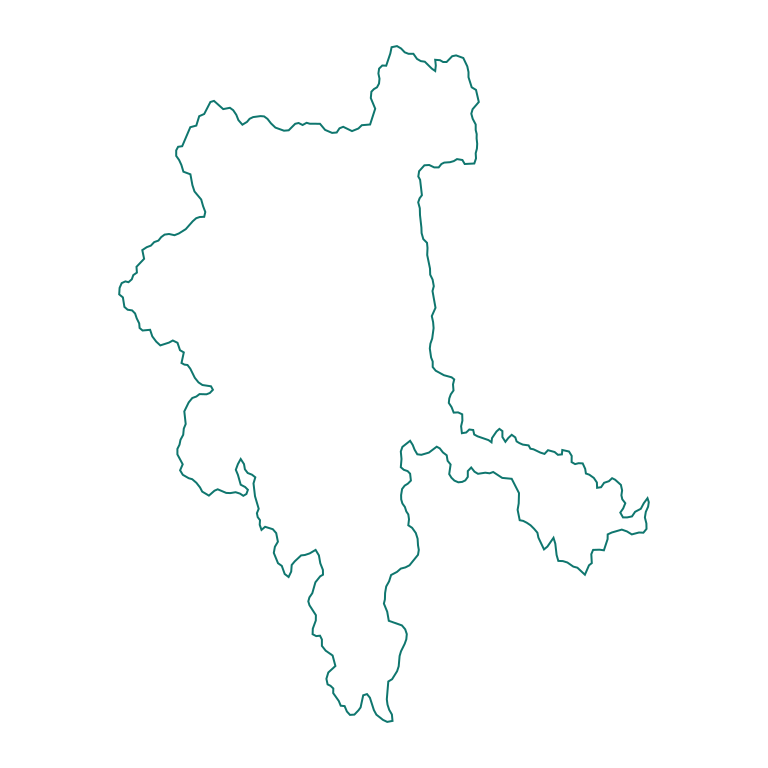 the district of Guanhães, Minas Gerais, Brazil
{"feature_id": "56859067B12936840453094", "entity_name": "Guanhães", "entity_type": "district", "adm_level": 2, "iso_a3": "BRA", "parent_name": "Brazil", "parent_adm1": "Minas Gerais", "projection": "equal_earth", "projection_center": [-42.817, -18.856], "detail": "fine", "context": "isolated", "style": "outline", "palette": "teal", "viewbox_px": 768, "rotation_deg": 0, "n_neighbors": 0, "source": "geoboundaries", "source_scale": "gbopen_adm2", "svg_char_len": 6092}
<svg xmlns="http://www.w3.org/2000/svg" viewBox="0 0 768 768"><path d="M648.1,506.7L648.8,502.2L647.5,498.2L643.8,503.2L640.8,508.8L635.1,511.8L632.0,516.4L627.2,517.4L623.0,517.4L620.3,512.6L623.2,508.4L625.3,503.2L622.3,499.3L621.4,495.3L622.1,490.4L620.9,484.9L615.1,479.7L612.1,478.2L608.9,481.2L604.1,482.8L601.1,487.2L597.1,487.8L596.9,482.5L593.8,477.9L589.3,474.7L585.9,473.5L585.2,468.9L582.7,463.4L578.6,463.2L575.1,464.1L571.6,462.1L571.7,455.9L569.0,451.5L562.3,450.0L561.9,454.4L557.9,454.8L554.6,452.0L548.0,450.2L544.5,453.9L540.4,452.6L533.5,449.3L530.4,448.7L528.6,445.4L522.8,444.6L519.4,443.1L516.6,441.4L515.3,437.4L511.7,434.8L508.3,438.0L505.4,441.8L502.4,437.0L502.4,431.1L499.4,428.9L496.5,431.5L492.0,438.1L491.5,442.3L488.5,440.1L477.5,436.3L474.2,434.5L473.2,430.0L469.3,429.5L466.2,432.5L461.9,433.2L461.1,426.2L462.4,420.7L462.2,414.3L458.1,412.4L453.7,412.6L451.6,407.2L448.8,402.9L449.3,398.4L450.8,394.3L453.5,390.5L453.0,384.4L454.2,379.4L451.6,377.3L443.9,375.2L435.7,370.7L432.7,367.0L432.7,361.5L431.1,357.5L429.8,348.5L430.4,343.7L432.2,338.5L433.6,328.1L433.1,322.1L431.8,316.1L435.5,307.8L432.5,291.0L433.8,286.2L432.6,279.6L430.2,274.7L430.0,268.6L427.2,255.0L427.5,247.9L427.0,242.8L423.3,239.1L421.6,233.1L421.4,227.6L420.0,215.1L419.8,208.2L418.2,202.3L419.6,198.3L421.9,195.2L420.1,179.8L418.3,176.5L419.1,171.2L424.4,165.3L429.2,165.0L434.2,167.4L438.7,167.4L441.4,164.0L444.2,162.6L450.0,162.2L453.8,161.1L457.0,159.1L462.4,160.0L464.7,164.0L474.3,163.5L476.0,158.4L475.7,153.2L476.9,148.7L477.2,143.8L476.6,138.4L476.7,134.1L475.7,130.0L475.7,124.5L472.7,118.8L471.3,113.7L472.6,109.2L478.8,102.0L476.0,89.9L471.7,87.3L468.5,77.2L468.5,72.1L467.3,66.4L463.3,58.0L456.1,55.4L452.2,56.2L446.6,62.0L443.1,62.0L440.0,60.2L435.2,59.8L435.8,65.5L435.2,71.0L431.8,68.6L424.8,61.7L420.8,61.1L417.0,58.9L413.4,53.8L408.5,53.8L404.7,52.3L401.1,48.5L397.0,46.1L391.6,47.2L390.3,53.5L386.2,65.7L382.3,65.5L379.1,68.6L378.4,73.5L379.5,78.7L379.0,83.6L377.0,87.3L373.9,89.1L371.4,91.7L370.8,98.1L375.2,108.7L370.1,124.5L361.8,125.2L358.4,128.5L352.0,131.1L343.2,126.8L339.5,128.3L336.7,132.5L332.1,132.9L325.1,129.9L320.0,123.8L309.7,123.7L306.6,122.8L302.6,125.0L298.6,123.0L295.2,123.8L288.7,130.3L284.0,130.7L275.4,127.6L271.0,123.4L267.5,118.9L264.1,116.4L260.5,116.1L253.1,117.1L249.6,118.8L247.0,121.9L242.4,124.7L238.4,120.1L236.3,114.8L233.2,110.2L229.9,107.8L223.2,109.1L214.0,100.9L210.4,102.0L204.2,114.0L199.2,116.2L196.3,125.6L190.3,127.2L182.2,146.2L178.1,146.8L176.2,150.4L176.2,155.9L179.1,160.0L181.4,165.0L183.4,171.7L190.4,174.3L192.4,185.1L194.5,191.5L201.2,199.5L203.1,206.2L205.3,212.0L204.2,216.8L199.8,217.0L196.2,218.2L192.7,221.3L185.8,229.1L178.8,233.5L174.5,235.2L169.0,234.0L164.6,234.6L161.2,237.1L158.4,240.6L154.2,242.1L150.9,245.6L146.7,247.2L142.3,250.1L144.1,258.8L136.5,266.8L136.9,272.6L133.3,275.1L131.8,279.3L128.5,282.2L125.4,281.4L121.7,283.1L119.6,287.9L119.2,294.4L122.9,297.4L124.4,306.9L127.6,309.7L132.1,310.4L135.1,313.5L136.7,318.3L139.2,323.4L139.6,328.0L142.6,330.5L150.1,329.8L152.3,336.4L156.2,341.6L160.3,345.4L169.0,342.6L172.8,340.5L177.5,342.8L180.0,350.2L183.8,352.4L181.5,363.0L184.4,364.6L187.5,365.0L190.3,368.7L194.8,377.8L198.5,382.4L202.4,385.0L211.0,386.3L212.9,389.8L209.8,393.0L206.5,394.3L199.5,394.1L196.4,396.5L192.3,398.0L188.7,402.4L184.3,411.4L185.7,424.0L183.8,428.6L183.2,434.8L180.5,439.8L179.5,444.7L177.4,448.9L177.4,454.4L182.7,464.3L180.1,470.3L182.8,474.8L188.7,478.2L192.2,479.2L196.4,482.8L200.0,487.4L202.2,491.6L208.9,495.6L214.5,490.7L217.7,489.3L226.2,492.9L230.3,493.1L235.6,492.2L240.0,493.6L243.3,495.8L246.4,494.0L247.9,489.8L245.1,487.0L240.7,484.7L237.9,474.8L235.8,469.8L237.9,464.1L240.7,459.0L244.0,464.1L244.9,469.3L247.7,473.0L252.0,474.7L255.3,477.3L253.5,483.4L255.0,496.2L258.7,508.8L256.9,513.2L257.7,517.1L260.0,520.2L259.7,524.8L261.5,529.9L265.1,526.8L272.8,529.2L276.2,533.1L277.9,541.7L274.9,546.8L273.8,552.9L278.0,563.2L281.8,565.9L284.7,574.0L288.6,577.0L291.2,571.6L291.7,565.0L294.7,561.4L301.1,555.4L304.9,555.0L309.7,553.4L315.6,549.9L318.9,555.4L320.3,563.3L322.9,569.9L323.0,574.7L320.2,576.3L315.4,582.3L312.3,593.2L309.4,597.4L308.3,601.4L309.5,605.3L315.9,615.2L315.8,620.5L312.8,628.7L312.6,634.2L316.2,636.1L320.0,635.7L321.9,639.5L321.9,645.9L325.7,650.7L332.6,655.5L335.4,666.0L328.3,672.5L326.4,678.8L327.6,684.4L330.5,685.8L333.3,688.5L333.2,693.1L338.8,701.0L340.7,705.7L344.6,706.1L346.9,711.5L350.0,714.9L354.4,714.6L358.5,710.3L360.6,707.4L363.2,695.3L367.0,694.1L369.9,697.7L373.9,710.1L376.4,714.7L383.0,719.9L387.2,721.9L392.5,720.9L391.9,714.5L389.2,709.8L387.5,704.6L386.8,699.3L388.3,681.5L392.1,679.2L397.1,671.2L398.7,666.3L399.6,656.0L401.0,651.3L404.7,643.8L406.3,639.3L406.8,634.1L405.2,629.3L401.9,625.4L388.8,620.8L387.2,611.7L383.9,603.6L384.9,599.4L385.1,593.0L386.2,586.5L389.1,581.3L391.1,575.0L397.0,571.9L400.8,568.6L405.4,567.4L409.5,565.3L418.0,554.8L418.8,549.9L418.0,545.2L417.6,538.7L415.8,533.0L412.1,527.8L408.3,525.3L409.0,519.3L408.3,514.4L406.3,511.4L404.9,507.0L402.4,503.5L401.2,499.4L401.1,495.1L402.1,489.0L404.7,485.6L407.8,483.7L410.9,480.6L410.1,473.7L407.6,471.1L403.8,469.8L400.8,467.2L401.5,459.0L400.8,451.5L402.4,446.9L410.1,440.8L412.7,444.9L414.6,449.7L417.3,454.3L421.4,454.8L428.9,452.6L436.7,446.7L439.8,448.4L442.9,452.4L446.7,455.3L447.6,460.8L450.6,464.5L449.2,474.1L451.4,477.7L454.4,480.6L458.3,482.3L462.2,481.9L465.3,480.4L467.8,476.9L467.8,471.1L471.2,467.5L474.5,471.7L478.0,473.8L485.3,472.7L489.6,473.3L493.2,472.0L502.2,477.9L511.7,478.8L519.0,493.1L518.7,503.5L517.6,509.8L519.7,520.2L523.2,520.9L526.9,522.8L530.6,525.3L534.1,528.8L537.4,532.7L538.4,537.6L544.0,549.4L547.4,546.6L553.5,537.8L555.3,543.7L556.6,555.0L558.3,560.9L562.9,561.1L567.4,562.5L573.3,566.6L577.4,567.7L584.9,574.7L589.0,565.3L591.8,563.1L591.3,554.2L593.1,549.9L599.6,549.7L603.9,550.3L607.6,539.1L607.7,534.4L611.8,532.5L621.8,529.6L626.9,531.4L631.8,534.4L639.0,532.5L643.4,532.7L646.5,528.9L646.4,523.5L644.9,517.5L645.8,511.9L648.1,506.7Z" fill="none" stroke="#0f766e" stroke-width="2"/></svg>